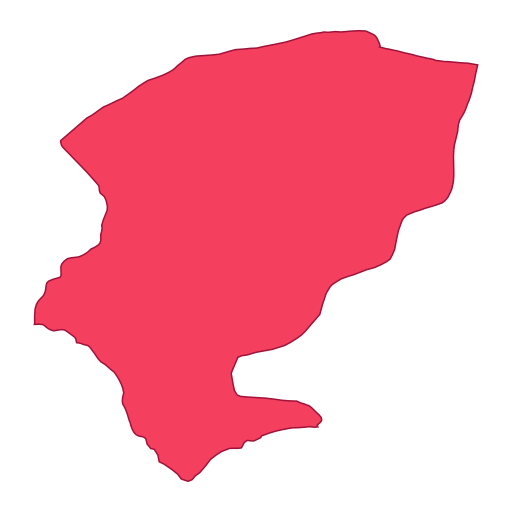 outline of Park Ou, Louangphrabang, Laos
{"feature_id": "54806243B64130062108645", "entity_name": "Park Ou", "entity_type": "district", "adm_level": 2, "iso_a3": "LAO", "parent_name": "Laos", "parent_adm1": "Louangphrabang", "projection": "mercator", "projection_center": [102.32, 20.145], "detail": "fine", "context": "isolated", "style": "filled", "palette": "rose", "viewbox_px": 512, "rotation_deg": 0, "n_neighbors": 0, "source": "geoboundaries", "source_scale": "gbopen_adm2", "svg_char_len": 3831}
<svg xmlns="http://www.w3.org/2000/svg" viewBox="0 0 512 512"><path d="M147.1,444.0L150.7,448.5L154.3,449.3L157.9,455.2L159.2,461.8L164.0,464.1L172.4,469.9L177.8,474.3L181.2,479.0L188.0,481.3L192.1,479.7L195.3,475.8L199.7,472.7L206.1,465.2L210.5,459.4L216.3,454.9L221.6,451.5L229.6,448.4L233.1,448.3L238.5,448.3L241.4,447.9L244.3,442.5L247.2,440.4L251.1,440.9L254.0,440.9L260.6,437.7L261.3,436.5L261.4,436.3L261.8,435.7L265.2,434.6L269.1,433.1L275.9,431.1L282.5,429.6L289.3,428.3L292.8,427.8L298.0,427.7L304.6,427.2L309.4,426.7L314.4,427.2L317.9,426.9L317.3,425.1L318.3,424.1L318.5,423.9L320.3,422.4L321.3,421.1L321.5,420.5L321.6,419.9L321.7,419.6L321.5,419.0L321.0,417.2L319.1,414.9L316.0,412.1L313.6,409.6L310.9,407.1L308.9,405.6L306.5,404.9L304.4,404.0L301.3,403.1L297.7,401.6L296.8,401.1L290.1,400.9L282.2,400.3L273.8,399.1L265.2,398.1L256.7,397.6L247.3,397.0L240.6,396.4L237.2,395.0L234.5,390.7L233.2,384.9L231.2,373.3L232.5,370.0L237.9,357.3L241.8,355.7L247.4,354.9L256.1,352.3L264.3,350.8L272.2,349.4L284.3,345.6L290.3,342.5L297.4,338.0L301.7,334.8L305.6,330.9L311.4,324.1L319.8,314.4L322.6,304.1L326.2,293.3L330.1,286.8L332.3,284.5L337.3,281.2L341.6,278.7L348.3,276.3L353.7,274.7L366.4,269.8L374.4,267.6L380.8,264.8L386.6,261.7L390.1,259.1L392.3,254.9L394.7,249.3L395.9,242.6L397.2,236.3L398.4,230.7L402.2,220.2L403.9,217.8L406.8,215.0L414.5,211.8L420.2,210.1L425.1,208.3L430.6,206.7L435.6,205.2L442.0,202.9L445.0,200.7L447.9,197.2L449.7,193.7L451.7,189.2L452.9,184.1L453.2,182.7L453.5,180.2L453.8,175.3L453.8,171.6L453.5,156.5L453.8,149.9L454.4,145.0L456.0,138.3L457.6,131.8L458.3,124.9L459.7,120.0L461.1,117.7L463.7,113.4L465.4,109.8L467.7,103.4L469.0,100.5L471.4,93.3L472.7,87.2L473.8,83.1L474.7,79.3L475.2,75.9L477.7,64.9L468.0,63.2L461.1,62.8L447.9,61.6L444.9,61.6L441.9,61.2L438.3,60.7L437.0,60.6L435.4,60.3L433.6,59.5L431.0,58.9L428.8,58.5L426.3,58.0L422.5,57.1L416.8,55.9L413.2,54.8L406.8,53.3L404.2,52.8L398.5,51.2L393.2,50.1L388.4,49.0L386.2,48.7L381.9,47.6L379.5,47.0L380.1,45.9L379.1,42.7L378.4,41.3L377.4,39.1L376.6,37.6L375.3,35.9L373.8,34.7L368.5,32.2L365.7,31.0L359.0,30.7L351.1,31.1L341.0,32.0L335.5,31.6L328.1,32.3L323.3,32.0L322.2,32.5L320.8,32.7L316.8,33.1L311.7,34.0L305.2,36.1L291.8,40.3L285.6,42.1L270.4,45.2L264.1,46.4L256.6,48.1L249.7,48.4L244.2,49.0L235.6,49.6L230.6,50.9L219.3,54.2L212.8,54.9L208.9,55.2L196.0,56.1L189.1,57.6L185.1,59.4L180.9,63.1L177.7,65.5L175.3,67.9L173.2,69.7L168.9,72.3L162.6,75.3L154.8,78.2L148.0,80.4L144.2,82.7L138.6,86.3L134.4,89.7L127.8,94.5L122.6,98.2L116.9,100.7L108.3,104.9L103.4,107.0L97.9,110.9L92.1,115.1L86.9,118.0L60.7,140.6L60.8,142.5L61.5,145.3L62.7,147.1L87.1,172.4L96.0,182.4L98.7,185.6L99.1,187.0L99.4,190.6L100.2,193.1L102.1,194.6L104.5,196.8L106.2,200.8L107.4,206.5L107.2,210.2L103.4,219.7L101.7,225.4L102.1,228.3L101.5,231.9L100.8,234.2L100.8,240.3L100.0,243.0L98.4,244.9L94.4,247.5L91.2,248.9L87.2,252.5L83.0,255.1L79.5,256.6L77.4,257.1L71.2,257.8L67.4,258.7L64.1,261.2L61.7,264.1L60.9,266.6L61.1,275.2L60.3,277.0L58.6,277.7L52.7,279.4L48.7,281.1L47.0,282.7L46.2,285.2L45.3,291.4L43.6,295.4L38.4,300.9L36.4,304.4L35.1,309.0L34.6,316.8L34.7,323.4L34.3,324.4L37.1,324.3L39.3,324.2L42.4,324.5L44.2,325.4L48.0,328.5L50.2,329.7L52.8,330.6L54.2,330.8L57.1,330.2L61.6,329.6L64.3,329.9L66.3,331.0L71.0,334.4L74.5,337.0L75.8,338.7L76.1,340.5L76.6,342.7L78.6,342.9L81.0,343.5L84.0,344.6L87.7,345.5L89.3,346.6L92.1,350.1L94.7,353.7L98.1,358.8L101.1,362.0L105.3,364.6L111.1,369.7L114.3,372.2L118.1,377.9L119.6,380.7L121.3,384.2L122.8,388.2L123.7,392.9L122.6,397.6L122.3,401.1L122.8,404.1L124.1,406.4L125.5,409.1L127.4,414.3L129.3,420.7L130.2,422.7L130.8,425.4L132.0,428.6L132.9,430.5L134.3,432.9L136.1,434.6L138.0,435.7L139.9,436.3L142.5,436.7L143.9,437.2L145.0,438.1L145.5,438.6L146.0,439.3L147.1,444.0Z" fill="#f43f5e" stroke="#9f1239" stroke-width="1.5"/></svg>